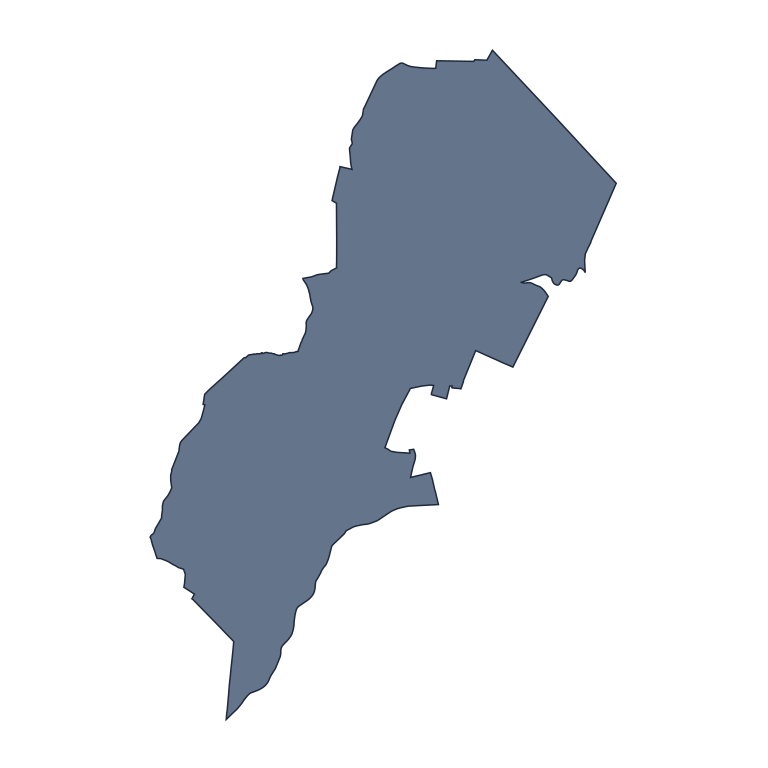 Foieni, Satu Mare, Romania (Albers equal-area conic projection), rotated 268°
{"feature_id": "2599482B43707290171082", "entity_name": "Foieni", "entity_type": "district", "adm_level": 2, "iso_a3": "ROU", "parent_name": "Romania", "parent_adm1": "Satu Mare", "projection": "albers", "projection_center": [22.347, 47.703], "detail": "fine", "context": "isolated", "style": "filled", "palette": "slate", "viewbox_px": 768, "rotation_deg": 268, "n_neighbors": 0, "source": "geoboundaries", "source_scale": "gbopen_adm2", "svg_char_len": 6116}
<svg xmlns="http://www.w3.org/2000/svg" viewBox="0 0 768 768"><g transform="rotate(268 384 384)"><path d="M597.7,604.8L641.8,566.9L644.3,564.7L713.8,504.0L710.1,501.8L704.0,498.1L704.3,494.2L704.9,486.0L703.4,485.1L703.4,484.8L703.3,484.7L705.2,447.9L697.7,446.7L697.7,443.8L698.5,434.2L699.5,426.6L699.9,424.2L700.5,421.3L701.5,418.7L702.4,416.9L703.8,414.3L704.1,413.3L704.1,412.2L704.0,411.4L703.0,409.6L701.2,406.5L699.3,403.5L697.5,400.3L694.1,394.6L692.3,392.2L690.7,390.2L689.3,388.9L687.5,387.6L663.0,375.0L659.5,373.1L653.1,371.9L651.5,371.0L649.4,369.6L645.6,366.7L642.7,364.2L641.1,362.9L639.4,361.9L638.6,361.6L635.5,361.0L629.7,359.9L626.0,360.7L625.3,360.6L623.3,359.3L621.2,357.9L620.0,357.7L616.8,357.9L612.1,358.2L608.8,358.3L606.7,358.4L602.3,358.9L599.5,359.5L600.1,357.8L602.8,347.6L602.3,347.6L601.7,347.5L592.7,344.8L572.0,339.2L571.0,338.9L569.9,338.8L569.6,338.7L569.1,338.5L566.3,342.8L542.4,342.1L531.3,341.8L515.1,341.2L507.6,340.9L505.0,340.7L502.5,340.6L501.8,340.8L499.4,335.8L498.9,334.9L498.1,334.0L497.1,333.2L496.8,332.5L496.6,332.0L496.5,330.2L496.2,327.0L495.7,322.1L495.3,320.4L494.7,318.6L493.6,315.4L493.0,311.0L492.3,306.6L491.4,306.9L490.5,307.2L488.6,308.4L487.7,309.0L486.7,309.6L484.5,310.6L482.5,311.4L481.1,311.8L479.3,312.2L476.4,312.9L472.8,313.3L470.7,313.7L469.9,313.8L469.0,313.9L463.8,315.4L462.4,315.6L460.5,315.3L459.0,314.8L456.9,313.9L455.7,312.9L455.1,312.5L453.9,311.5L450.5,309.1L450.0,308.8L448.5,308.4L448.4,308.3L446.0,308.3L445.7,308.3L445.4,308.4L443.9,308.3L441.9,308.0L440.6,307.9L439.1,307.5L438.0,307.3L435.0,305.8L434.3,305.3L432.9,304.8L431.8,304.0L431.3,303.8L430.3,303.8L429.9,303.6L429.0,302.9L428.1,302.4L426.0,301.6L424.7,301.1L422.8,300.4L421.2,299.6L420.4,299.4L419.6,299.3L419.5,299.1L419.4,298.4L419.5,297.5L418.9,296.1L418.7,295.4L418.6,294.3L418.6,292.9L418.6,292.0L418.7,291.6L418.6,290.5L418.0,288.4L417.7,286.5L417.5,285.2L417.8,284.3L417.8,284.0L417.6,283.9L416.9,283.7L416.6,283.3L416.3,282.5L416.4,282.2L416.5,281.9L416.3,281.7L416.3,280.8L416.1,280.5L416.1,280.3L416.3,279.9L416.4,279.1L416.6,278.4L417.0,277.4L417.7,275.7L418.0,275.4L418.1,275.2L418.0,274.9L418.1,274.3L418.2,273.9L418.8,272.4L418.9,271.4L418.9,270.1L419.5,268.6L419.6,267.7L419.6,266.7L419.4,266.1L418.9,265.1L418.8,264.8L419.0,264.2L419.5,263.3L419.5,262.9L419.4,262.8L418.9,262.8L418.7,262.7L418.8,262.3L418.9,261.7L418.7,261.1L418.5,260.7L418.5,260.1L418.6,258.7L418.7,257.8L418.4,257.0L418.3,256.5L418.4,256.1L418.5,255.6L418.5,255.0L418.2,254.4L418.3,253.7L417.9,252.2L418.0,250.9L417.7,249.9L416.9,248.7L415.1,246.6L415.2,245.2L398.3,225.6L390.3,216.1L383.5,208.1L379.9,204.4L369.9,202.5L369.6,204.2L365.1,203.0L360.2,201.5L356.1,200.2L351.6,197.5L347.3,193.0L335.0,180.4L333.8,179.3L332.2,178.3L330.2,177.7L325.9,176.9L324.5,176.9L305.6,168.7L304.9,169.0L300.2,167.6L297.5,167.5L294.8,167.5L287.9,168.2L287.3,168.1L283.8,166.4L281.2,164.8L280.0,164.1L274.9,159.8L274.3,159.4L270.1,158.3L265.4,158.1L260.4,157.2L259.5,157.1L258.0,157.1L252.8,153.9L247.7,150.6L244.0,149.2L243.3,148.9L242.7,148.4L241.8,147.2L240.9,146.0L239.0,144.9L237.4,145.7L231.4,147.0L226.3,148.6L221.8,149.9L217.6,151.1L217.3,154.7L215.1,160.0L214.0,162.2L210.9,166.9L209.5,169.5L207.7,172.2L205.9,177.2L200.6,178.8L195.1,178.1L191.8,177.7L187.8,176.9L183.4,183.3L180.6,187.2L176.1,184.5L174.8,186.0L169.5,190.8L164.3,195.5L156.4,202.7L150.8,207.8L144.6,213.4L141.0,216.6L134.3,222.7L131.9,224.8L126.7,224.2L121.4,223.5L114.1,222.5L105.2,221.2L97.5,220.2L89.3,219.0L80.4,218.0L67.4,216.4L62.9,215.8L59.6,215.2L56.0,214.8L54.2,214.6L56.4,217.0L58.1,218.9L60.2,221.2L63.0,224.4L64.7,226.3L65.8,227.2L67.7,228.9L69.8,230.7L73.0,233.0L75.6,235.2L77.5,236.9L78.9,238.5L79.8,239.8L80.6,242.2L81.9,246.1L83.1,249.0L84.8,252.2L86.5,254.5L88.4,256.3L90.1,257.6L91.8,258.5L94.4,259.7L96.5,260.8L103.6,265.6L109.5,268.3L115.2,270.8L117.3,271.3L119.9,271.5L121.4,271.6L123.5,272.0L125.5,273.0L127.8,275.1L130.2,277.7L132.6,280.0L135.4,282.1L137.3,283.2L140.6,284.4L144.8,285.4L146.8,285.7L148.8,285.8L155.8,286.9L160.7,288.2L162.6,289.0L163.9,290.0L165.4,291.9L170.1,299.4L171.4,301.3L173.3,303.4L175.0,304.9L177.0,306.3L179.5,307.3L181.9,307.9L187.8,308.6L189.5,309.1L191.3,310.4L197.4,314.1L199.8,315.2L201.7,316.5L203.7,318.1L204.7,319.1L206.3,320.2L210.3,322.0L214.4,323.4L223.1,325.9L224.0,326.3L225.2,327.3L235.3,338.7L236.8,339.9L238.1,340.8L238.6,340.9L242.1,348.1L242.8,350.3L243.1,351.7L244.0,356.6L244.3,359.3L244.4,361.6L245.0,364.8L247.4,372.0L248.7,374.3L255.6,385.3L256.7,387.3L257.7,389.7L258.9,393.0L259.9,397.1L260.7,401.8L261.1,404.4L261.6,434.2L273.6,431.8L277.2,430.9L286.8,429.1L293.8,427.3L289.7,407.3L299.9,409.9L307.2,412.4L309.3,412.8L311.8,413.0L314.3,412.5L317.7,411.4L317.2,407.0L314.0,407.5L315.2,395.0L316.5,388.6L318.9,385.4L320.3,382.7L347.2,393.6L362.8,401.1L377.5,409.6L378.6,410.1L380.6,421.5L381.3,429.9L380.8,433.6L372.6,431.0L372.1,430.9L371.7,431.1L371.5,431.6L367.0,446.0L379.7,449.6L379.5,452.2L378.2,451.7L377.9,451.8L377.7,452.0L376.7,460.1L376.4,460.6L378.5,461.5L383.7,463.5L384.6,463.5L384.8,463.6L414.2,476.8L400.4,504.9L396.4,513.4L465.8,551.2L468.1,549.8L469.2,549.1L470.8,548.1L472.5,546.7L474.1,545.2L475.3,543.8L475.8,543.1L477.0,540.2L478.2,537.7L479.4,535.6L480.1,533.8L480.3,532.1L480.3,530.8L480.0,529.8L479.9,528.4L480.3,526.6L480.5,525.3L480.9,524.8L482.5,530.6L484.7,537.8L487.6,546.6L487.6,547.5L487.7,549.2L487.6,549.7L487.2,550.6L484.6,554.6L484.3,555.0L484.0,555.2L483.7,555.3L482.4,555.5L481.2,555.8L479.9,556.4L478.6,557.2L477.8,558.1L477.3,559.0L477.0,559.7L476.9,560.3L476.8,561.3L477.0,561.9L477.6,562.7L480.2,564.4L481.1,565.1L481.5,565.6L481.9,566.4L481.9,567.8L481.0,570.6L480.2,572.5L480.2,573.2L480.2,573.9L480.6,574.8L481.6,575.8L486.2,579.4L487.5,580.1L488.7,580.6L490.5,581.3L492.1,582.1L492.6,582.6L492.8,583.0L493.0,583.6L493.0,584.2L492.8,585.0L492.2,585.9L491.6,586.7L490.9,587.5L490.2,588.0L489.3,588.5L488.3,589.0L500.6,588.8L506.1,589.6L506.9,589.7L512.4,592.4L518.4,595.7L519.1,595.7L543.8,607.5L553.4,612.1L557.8,614.2L576.5,623.1L597.7,604.8Z" fill="#64748b" stroke="#1e293b" stroke-width="1.5"/></g></svg>